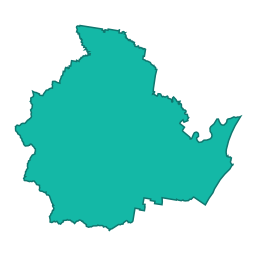 outline of Richmond Valley, New South Wales, Australia
{"feature_id": "25037944B67552272844427", "entity_name": "Richmond Valley", "entity_type": "district", "adm_level": 2, "iso_a3": "AUS", "parent_name": "Australia", "parent_adm1": "New South Wales", "projection": "albers", "projection_center": [153.029, -29.027], "detail": "fine", "context": "isolated", "style": "filled", "palette": "teal", "viewbox_px": 256, "rotation_deg": 0, "n_neighbors": 0, "source": "geoboundaries", "source_scale": "gbopen_adm2", "svg_char_len": 5695}
<svg xmlns="http://www.w3.org/2000/svg" viewBox="0 0 256 256"><path d="M227.1,119.8L226.7,121.9L226.1,123.0L224.2,124.9L222.9,125.2L221.2,124.6L220.6,123.8L219.4,121.9L218.4,119.1L216.9,119.1L214.1,123.8L210.7,126.8L210.0,128.3L210.2,131.5L211.5,133.4L212.0,135.4L211.7,137.1L210.8,138.3L209.9,139.0L206.8,140.1L203.9,140.2L201.7,142.0L198.9,142.4L197.2,140.5L196.6,138.6L196.8,137.7L198.5,136.4L198.4,133.9L197.6,132.6L196.2,132.1L194.5,132.7L193.6,134.1L191.9,138.1L191.2,138.9L190.2,139.0L190.1,137.6L189.4,136.8L182.6,131.1L182.6,130.1L184.5,127.2L179.8,123.5L180.4,122.1L183.0,119.8L184.0,122.2L187.9,120.6L187.4,119.5L188.7,117.6L187.6,116.6L187.5,115.1L187.1,114.3L185.3,114.2L184.7,113.6L184.8,112.7L186.0,112.0L186.0,111.0L185.3,110.2L182.9,109.6L183.0,108.6L181.5,107.5L181.4,104.6L181.1,103.9L180.2,103.4L179.0,104.4L178.3,103.8L178.3,102.9L179.7,102.2L180.0,101.3L178.2,101.6L176.9,101.4L176.0,99.6L173.6,97.0L172.7,97.8L172.5,99.4L172.8,101.6L172.1,102.1L171.7,101.6L171.6,99.5L169.6,98.6L168.2,98.4L167.8,96.5L167.4,96.1L165.1,97.1L163.2,96.4L162.4,96.9L161.7,96.2L160.7,94.2L159.9,93.8L158.1,93.7L157.6,95.6L157.0,96.1L153.1,93.8L152.6,94.1L152.7,93.5L154.4,92.8L154.5,91.7L153.2,91.5L153.5,88.0L155.4,75.2L156.8,69.5L155.5,69.3L155.7,68.0L155.2,67.1L154.1,66.6L153.9,65.5L153.2,65.6L151.2,64.2L150.3,62.5L147.5,61.1L146.1,61.0L145.4,60.3L142.9,59.2L143.3,56.1L144.4,56.3L145.5,49.3L144.6,48.7L143.9,49.0L143.4,48.7L143.1,49.1L142.6,48.2L142.0,48.3L140.8,47.5L139.3,48.0L138.5,46.1L137.9,46.6L137.5,46.2L136.6,46.7L135.1,46.4L134.8,45.8L135.0,44.9L134.1,44.4L134.4,42.6L133.8,42.6L133.7,42.1L132.9,42.1L132.8,41.6L131.9,41.6L132.0,41.2L131.2,41.2L130.8,40.6L130.4,40.7L130.5,40.2L129.9,39.6L129.0,40.3L128.7,39.8L128.3,40.1L127.2,38.4L126.7,38.5L126.1,38.0L126.2,37.4L125.5,36.9L126.1,36.4L125.9,35.3L125.0,34.1L124.4,33.9L125.3,32.8L124.6,32.9L124.0,31.8L123.3,31.6L122.2,32.0L121.9,33.2L119.0,32.8L119.5,29.2L119.0,30.9L108.2,29.1L108.0,30.3L105.1,29.8L104.7,32.2L103.6,32.0L103.9,30.5L102.1,30.2L102.3,29.0L80.0,25.5L79.6,26.4L77.9,25.9L76.7,26.5L76.5,27.4L77.3,29.4L76.6,31.9L77.4,32.1L77.8,33.0L78.5,33.1L78.4,33.8L78.9,33.6L79.5,34.0L79.3,34.7L80.1,38.4L80.4,38.7L81.3,38.7L81.2,39.6L82.1,40.0L81.2,42.0L81.4,42.3L82.0,42.3L82.6,43.0L81.9,44.9L84.2,46.1L83.8,47.4L84.9,47.4L86.1,48.0L85.8,49.0L85.1,49.6L86.5,49.4L87.2,50.1L86.9,50.7L87.1,51.6L88.8,51.7L88.1,52.1L87.8,52.9L88.4,54.0L90.2,53.8L90.0,54.9L87.8,55.0L87.6,55.7L86.6,55.5L86.1,55.8L85.6,55.3L84.8,56.0L83.3,55.9L83.1,56.7L82.3,56.9L81.6,58.0L81.0,57.7L80.2,59.4L79.4,59.4L79.0,61.4L76.6,60.3L76.4,61.5L71.6,60.7L70.7,66.1L69.3,65.9L69.0,68.3L68.2,68.6L67.6,67.4L66.7,67.9L65.9,67.4L65.3,68.2L64.7,71.6L63.3,71.3L62.7,75.2L61.3,76.4L61.1,77.7L59.8,80.9L59.9,83.2L57.3,82.5L55.1,81.3L52.7,81.4L52.4,82.1L52.7,83.1L52.1,84.3L52.5,85.3L52.4,88.1L51.3,88.1L49.2,88.8L48.5,89.8L46.3,90.2L43.7,93.8L42.8,95.6L40.0,95.3L39.1,94.3L39.3,93.9L36.1,92.5L34.6,92.3L32.7,91.3L33.6,94.8L33.4,96.4L32.3,97.3L31.0,97.8L30.8,98.4L30.9,100.3L30.3,101.5L30.9,101.8L31.1,103.2L32.4,104.7L32.0,108.2L30.6,109.9L31.5,112.9L31.0,114.0L31.5,116.2L31.2,117.3L30.1,118.6L29.4,118.8L29.1,119.5L27.6,120.2L25.4,123.0L24.6,123.4L22.9,123.3L21.8,123.6L20.7,124.4L20.1,125.3L19.3,125.7L17.1,125.1L15.4,126.8L15.7,127.3L15.5,128.7L15.7,130.8L17.6,132.7L17.7,133.7L19.9,135.2L20.4,135.9L20.5,137.6L21.7,138.6L22.1,140.7L23.6,142.9L23.5,143.8L24.4,145.2L25.3,146.0L28.3,145.7L29.3,145.1L29.7,145.2L30.1,144.3L30.8,144.0L31.9,144.7L32.5,145.8L33.6,146.6L34.6,148.3L35.3,148.7L35.4,151.3L34.9,152.3L35.0,153.8L32.3,155.1L30.6,157.6L30.1,158.6L29.9,160.3L28.6,160.9L28.3,162.7L27.4,163.9L27.7,164.7L27.4,166.0L27.8,168.1L26.5,169.8L26.3,171.0L25.6,171.5L25.4,173.9L24.5,175.6L24.6,176.4L25.4,176.7L24.3,177.3L23.7,178.5L24.0,178.7L24.3,180.4L24.8,180.6L26.4,180.6L29.4,181.6L30.2,181.3L32.0,181.6L32.7,181.1L34.1,181.0L36.2,183.5L36.5,184.5L39.5,185.3L39.5,187.1L39.8,187.7L39.3,189.5L39.6,190.5L40.2,191.0L42.4,191.3L44.5,192.5L46.0,192.2L45.8,193.1L46.9,195.0L48.2,194.9L49.4,195.8L51.8,202.5L53.4,205.1L52.7,205.0L52.6,205.9L53.9,208.3L53.4,210.3L52.6,210.3L51.7,213.3L50.9,213.9L50.5,215.5L49.5,216.4L50.2,219.8L50.1,222.0L51.9,222.5L54.2,221.2L54.9,221.8L55.6,221.9L56.9,221.3L58.7,223.8L59.9,223.7L60.6,224.1L62.0,222.5L63.3,221.8L63.3,220.5L66.5,220.2L67.2,219.6L67.9,220.1L70.3,220.1L70.6,220.6L71.8,221.1L72.1,221.8L73.0,221.9L74.6,223.5L76.5,221.3L78.1,221.0L79.3,220.0L80.8,220.3L81.8,221.3L82.7,221.2L83.1,222.3L86.4,224.6L86.2,225.1L86.4,226.3L88.7,227.2L90.5,226.7L91.2,226.9L93.2,225.9L97.0,225.8L97.8,225.1L99.2,225.6L102.1,225.5L102.9,225.8L103.5,227.0L104.6,226.6L106.3,226.7L106.7,227.4L109.2,229.2L109.4,229.7L109.2,230.4L109.4,230.5L110.5,229.1L111.9,228.8L118.6,224.5L120.5,224.7L121.3,224.1L123.0,224.1L123.6,222.7L126.4,220.6L127.0,220.7L128.2,222.0L128.3,222.5L129.0,222.2L130.5,222.8L132.0,222.1L132.9,221.0L135.0,208.2L139.8,209.0L139.6,209.9L144.4,210.7L145.0,207.0L144.6,206.9L145.0,204.4L142.9,204.1L144.0,197.9L150.7,199.0L150.4,200.5L155.0,201.3L154.6,203.6L162.0,204.7L162.3,201.7L162.1,197.7L176.4,200.1L176.6,199.3L178.0,200.0L181.2,200.7L183.0,200.0L183.6,200.6L185.1,200.9L188.4,200.6L189.9,199.2L191.2,199.3L193.4,197.1L194.0,197.2L205.3,204.9L209.2,198.0L212.9,192.8L214.5,188.9L220.3,179.5L224.7,174.2L229.9,169.0L231.7,165.8L232.8,165.0L233.0,164.4L231.7,164.5L230.6,162.7L230.5,161.4L231.1,159.8L230.9,159.4L231.4,158.0L230.3,157.0L229.3,157.2L227.4,156.5L227.6,156.0L227.0,156.3L226.7,156.0L226.1,152.3L226.4,149.2L228.6,140.7L231.6,132.9L235.1,125.6L240.6,116.5L239.3,117.1L237.7,117.0L235.8,117.6L233.9,116.9L230.6,118.5L228.0,119.0L227.1,119.8Z" fill="#14b8a6" stroke="#0f766e" stroke-width="1.5"/></svg>